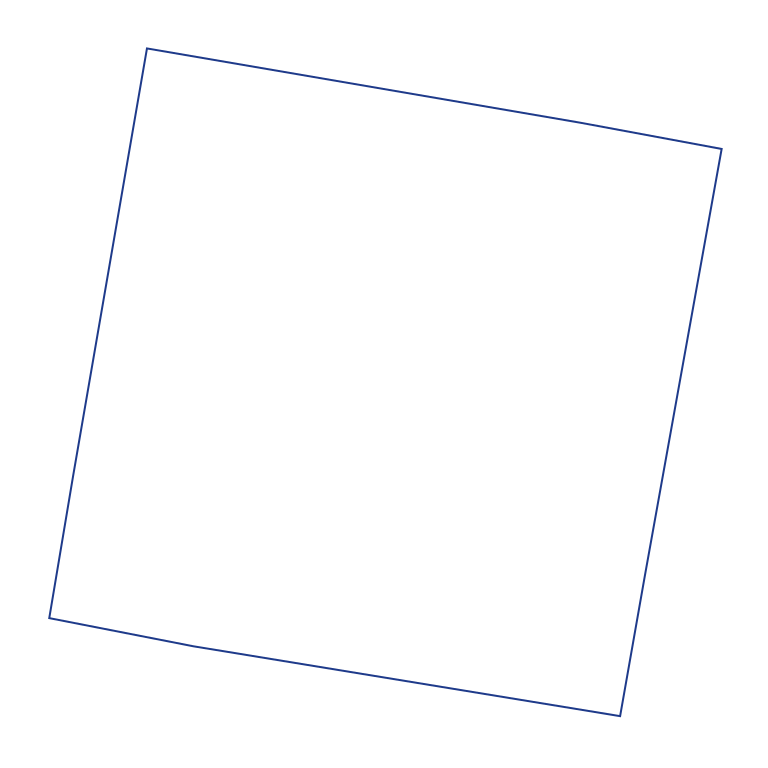 Iowa, Iowa, United States of America, rotated 100°
{"feature_id": "52423323B47307487801934", "entity_name": "Iowa", "entity_type": "district", "adm_level": 2, "iso_a3": "USA", "parent_name": "United States of America", "parent_adm1": "Iowa", "projection": "mercator", "projection_center": [-92.064, 41.686], "detail": "fine", "context": "isolated", "style": "outline", "palette": "blue", "viewbox_px": 768, "rotation_deg": 100, "n_neighbors": 0, "source": "geoboundaries", "source_scale": "gbopen_adm2", "svg_char_len": 267}
<svg xmlns="http://www.w3.org/2000/svg" viewBox="0 0 768 768"><g transform="rotate(100 384 384)"><path d="M94.7,675.7L528.5,674.2L672.7,673.0L675.4,526.2L670.1,93.8L526.4,93.8L93.9,92.3L92.6,235.8L94.7,675.7Z" fill="none" stroke="#1e3a8a" stroke-width="2"/></g></svg>